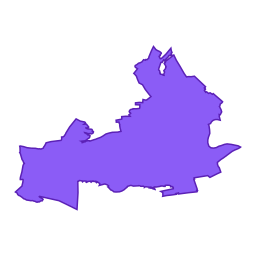 outline of Podari, Dolj, Romania
{"feature_id": "2599482B53332966976241", "entity_name": "Podari", "entity_type": "district", "adm_level": 2, "iso_a3": "ROU", "parent_name": "Romania", "parent_adm1": "Dolj", "projection": "natural_earth1", "projection_center": [23.733, 44.25], "detail": "fine", "context": "isolated", "style": "filled", "palette": "violet", "viewbox_px": 256, "rotation_deg": 0, "n_neighbors": 0, "source": "geoboundaries", "source_scale": "gbopen_adm2", "svg_char_len": 5770}
<svg xmlns="http://www.w3.org/2000/svg" viewBox="0 0 256 256"><path d="M77.0,209.5L78.0,192.7L77.8,181.4L78.7,181.2L79.3,180.5L82.2,180.9L82.5,181.1L82.4,181.7L82.6,181.9L83.2,181.1L84.8,181.0L86.6,181.3L86.2,182.3L86.4,182.4L88.4,181.4L90.9,181.2L91.0,181.5L90.9,182.0L91.1,182.2L92.2,181.2L92.8,181.0L93.1,181.0L93.2,181.4L93.4,181.4L94.9,181.3L95.0,181.6L95.3,181.6L95.8,181.3L96.1,181.4L95.7,181.7L95.7,181.8L96.5,182.7L97.5,182.0L99.7,183.5L99.7,183.8L99.6,184.8L99.3,185.4L104.3,184.1L104.8,184.0L105.6,184.2L107.5,185.0L108.6,185.9L108.4,186.5L107.8,186.9L109.0,187.8L109.0,188.1L109.8,188.9L110.8,190.0L111.6,190.2L113.2,191.2L113.8,191.8L115.9,192.0L119.5,191.8L121.9,191.0L124.6,189.4L125.1,188.7L126.9,187.4L127.2,187.1L127.2,186.6L127.4,186.4L130.6,185.4L131.5,185.5L133.3,186.1L138.6,185.8L138.8,185.6L139.4,185.7L140.1,185.9L140.5,186.2L141.2,186.3L143.4,186.2L144.4,186.8L144.4,187.4L145.2,186.9L145.8,186.7L149.7,187.3L150.1,187.1L151.2,187.2L151.3,187.3L150.0,188.0L151.0,188.2L151.4,188.0L151.8,188.0L152.2,188.4L152.5,188.3L153.0,188.8L153.2,188.5L154.3,189.2L155.1,189.5L155.1,189.3L154.7,189.0L154.0,187.9L153.5,187.4L155.0,186.8L155.6,187.1L160.0,186.4L161.1,185.9L161.7,186.1L163.0,186.0L163.8,186.4L165.1,186.4L165.2,186.2L165.1,185.7L165.2,185.4L166.7,185.2L169.2,185.3L170.1,185.6L170.6,185.8L170.8,186.2L171.0,186.3L171.1,186.6L170.7,186.7L170.7,186.8L172.2,186.6L172.4,187.1L173.0,187.1L173.3,187.7L173.3,188.7L160.8,191.4L162.8,192.6L162.9,195.5L162.7,196.3L166.8,195.5L171.5,195.0L176.2,194.3L175.7,193.7L176.1,193.4L177.4,193.3L178.4,192.9L178.6,193.4L178.9,193.4L179.0,193.5L178.4,193.6L178.5,194.0L188.5,192.7L197.0,191.8L197.6,190.5L197.5,190.4L196.7,190.3L197.2,189.2L193.8,179.3L194.5,179.0L194.1,178.5L194.1,177.8L207.7,175.6L209.9,177.4L217.1,173.8L220.8,172.1L219.4,168.1L219.1,167.4L218.3,166.6L217.5,164.4L217.4,162.4L221.0,159.4L223.1,158.1L232.4,151.2L233.9,150.5L234.6,150.0L235.1,149.9L238.0,148.7L240.3,147.4L240.6,147.1L238.1,145.8L231.3,144.4L227.1,143.9L224.4,144.4L221.2,145.6L218.9,146.2L216.3,147.6L213.6,148.1L210.9,147.8L208.9,146.2L207.8,142.9L207.8,139.9L208.4,137.3L209.8,133.4L209.6,129.9L209.0,125.7L208.4,124.4L210.6,123.5L210.9,122.7L211.9,121.4L213.2,120.3L215.1,119.6L217.2,119.5L220.2,120.2L219.2,116.2L219.4,115.4L219.2,114.5L220.3,114.7L220.8,113.6L221.7,111.9L221.0,109.6L219.4,106.5L219.9,105.9L220.2,104.1L221.9,102.8L222.6,101.8L221.6,100.8L213.2,93.6L212.4,94.3L210.1,92.8L208.5,93.4L206.6,91.8L205.7,92.3L205.4,91.7L204.9,91.4L204.4,90.5L205.3,89.6L204.8,89.2L205.2,88.7L204.5,88.1L204.8,87.9L204.5,87.7L205.5,86.7L194.4,76.2L191.2,76.7L188.5,76.6L186.5,76.9L184.2,73.6L180.0,66.3L176.4,60.4L173.8,55.0L164.8,61.9L165.3,62.5L164.3,63.2L164.6,63.7L164.4,63.8L165.5,65.5L166.1,66.9L166.0,67.1L165.7,67.1L165.6,68.4L165.2,69.0L163.8,70.7L163.8,70.9L164.5,71.7L164.6,72.0L163.8,74.1L163.8,74.6L164.0,75.3L163.2,75.2L162.2,74.3L161.8,74.4L160.4,74.2L160.2,73.0L159.8,73.0L159.8,71.3L159.6,70.8L158.6,69.8L158.9,68.2L160.8,62.7L161.2,62.3L162.1,62.4L163.7,59.8L164.6,60.4L168.6,56.5L168.5,56.4L168.5,56.1L169.8,55.0L169.7,54.9L171.3,55.9L171.9,55.0L171.3,54.2L171.5,54.1L171.5,53.9L171.2,53.1L172.0,52.5L171.6,51.5L171.2,50.4L170.9,48.2L166.0,54.1L161.6,58.3L160.3,58.7L159.1,56.5L159.2,56.2L160.1,55.7L160.3,55.4L160.1,54.8L161.3,53.5L161.3,53.3L161.1,52.7L159.6,51.5L157.4,50.5L155.9,49.6L153.5,46.5L151.5,50.6L148.9,56.9L148.7,58.2L148.5,58.3L147.0,59.7L145.8,59.5L145.4,60.2L143.6,59.7L141.9,61.9L140.0,62.8L138.5,63.2L136.9,64.6L135.2,65.5L135.0,66.6L135.4,67.3L137.5,68.8L133.8,73.4L134.7,74.2L136.4,76.2L137.6,79.6L139.1,83.0L142.5,84.7L145.3,89.5L149.2,94.5L151.0,96.6L146.9,99.8L146.4,100.0L145.5,100.1L143.0,99.5L142.7,102.6L139.4,102.4L135.5,102.8L135.5,104.7L139.0,104.9L139.8,104.8L139.8,106.3L139.9,106.9L139.5,108.4L136.0,108.8L133.0,108.7L132.9,109.1L130.9,109.4L130.0,110.0L129.2,111.3L129.5,112.3L130.3,112.7L130.5,112.9L130.7,113.4L128.9,114.8L130.1,116.3L125.1,116.3L121.7,116.6L121.8,119.0L121.3,119.2L116.1,120.2L116.3,122.2L118.8,122.1L119.1,122.2L119.2,123.2L119.8,124.6L119.7,125.6L120.1,128.1L121.0,131.4L119.8,131.6L117.8,132.1L112.3,132.3L108.9,133.1L105.9,134.0L102.8,136.1L100.5,137.4L97.4,138.5L95.3,139.4L94.6,139.5L89.8,141.1L89.4,140.7L86.9,140.8L85.7,141.3L85.2,141.8L83.6,142.0L82.8,142.6L82.1,142.6L82.2,141.9L82.1,141.5L81.4,141.2L84.9,140.8L86.9,139.8L87.1,139.3L89.4,137.8L89.9,136.6L90.0,135.6L89.5,135.7L89.1,135.2L88.6,135.0L87.6,134.9L87.5,134.6L87.6,134.4L84.8,132.8L84.7,132.6L86.1,132.9L87.9,133.6L89.6,133.7L90.1,133.4L91.7,133.9L93.3,132.8L93.4,131.6L92.3,131.5L92.5,130.5L92.0,129.5L91.7,129.3L89.1,129.0L88.2,129.0L86.6,128.5L85.9,128.0L85.9,127.9L87.4,127.9L88.6,127.4L88.7,127.0L86.4,124.1L84.1,124.2L85.4,123.2L85.4,122.7L84.7,122.0L80.3,121.1L76.1,118.9L69.6,127.0L65.8,133.2L65.6,133.9L64.0,136.3L62.9,136.9L61.6,137.0L61.7,139.0L61.4,139.9L60.9,140.4L51.0,141.6L46.1,142.8L45.2,144.8L44.8,145.3L44.3,146.3L43.8,146.8L43.3,148.1L40.9,149.1L39.9,148.8L38.4,148.9L35.4,148.3L31.4,148.2L27.1,147.7L23.5,146.6L20.3,146.0L19.7,146.2L20.0,147.5L20.1,151.1L20.0,152.2L19.7,152.6L19.9,152.8L20.4,153.8L22.1,159.7L22.8,160.5L23.1,161.1L23.2,161.7L23.9,162.9L24.4,163.4L24.3,163.6L23.7,163.9L23.0,165.6L21.9,171.9L20.4,177.4L20.2,179.3L20.3,179.6L20.7,179.6L22.8,179.4L23.1,179.7L23.1,180.1L22.8,182.4L22.1,185.2L22.0,186.0L15.4,192.0L17.0,193.0L17.4,193.4L17.6,194.4L18.1,194.9L18.9,195.5L19.7,195.7L21.9,197.2L23.8,198.8L25.0,199.1L26.5,200.0L29.2,200.4L30.8,200.7L32.7,200.6L33.8,201.1L35.0,201.3L36.2,202.0L36.6,202.1L37.7,202.1L38.2,201.8L39.0,202.0L39.7,201.7L40.4,201.1L40.9,200.9L42.2,200.8L42.2,200.5L43.1,199.6L42.8,198.9L39.8,197.2L39.3,196.7L39.6,196.4L40.3,196.5L59.0,200.7L77.0,209.5Z" fill="#8b5cf6" stroke="#5b21b6" stroke-width="1.5"/></svg>